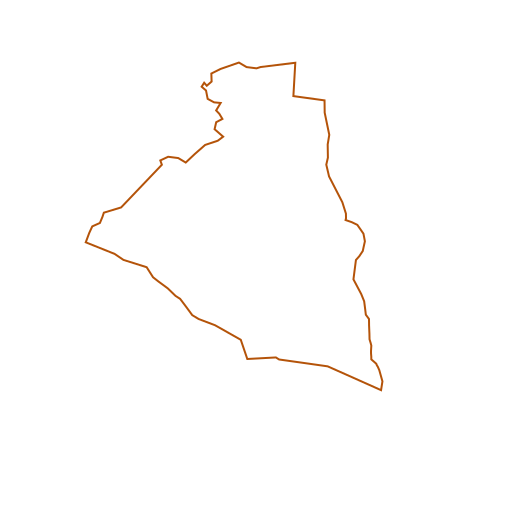 Ould Yenge, Guidimaka, Mauritania (Albers equal-area conic projection), rotated 329°
{"feature_id": "47542326B88135317282644", "entity_name": "Ould Yenge", "entity_type": "district", "adm_level": 2, "iso_a3": "MRT", "parent_name": "Mauritania", "parent_adm1": "Guidimaka", "projection": "albers", "projection_center": [-11.856, 15.622], "detail": "fine", "context": "isolated", "style": "outline", "palette": "amber", "viewbox_px": 512, "rotation_deg": 329, "n_neighbors": 0, "source": "geoboundaries", "source_scale": "gbopen_adm2", "svg_char_len": 1378}
<svg xmlns="http://www.w3.org/2000/svg" viewBox="0 0 512 512"><g transform="rotate(329 256 256)"><path d="M294.1,435.4L299.8,428.6L302.9,417.3L303.4,413.3L303.3,412.7L303.4,411.3L303.6,410.3L302.7,407.4L301.6,404.0L303.0,401.6L304.5,398.6L305.7,396.6L308.7,392.2L309.5,389.5L310.4,385.9L313.1,381.2L317.3,373.5L318.2,372.0L320.4,368.2L319.9,362.9L322.2,357.8L325.4,350.5L326.6,342.8L327.5,326.2L339.6,310.9L344.4,309.4L350.1,306.7L353.2,303.4L356.9,299.5L358.4,295.5L359.6,292.2L358.9,281.5L355.5,276.3L351.3,271.3L352.6,270.0L354.9,266.0L357.7,254.4L359.6,225.4L363.3,213.9L368.3,208.7L374.9,197.3L381.2,189.9L388.7,168.5L392.8,161.5L394.9,157.9L370.4,138.2L389.2,110.6L357.3,96.4L353.1,95.4L345.2,89.2L341.0,81.4L321.9,77.4L311.7,76.6L307.8,83.6L301.5,84.7L300.8,80.8L296.6,82.9L298.4,88.4L295.5,96.4L299.2,102.7L304.5,106.6L296.8,110.7L297.8,115.2L297.8,121.2L290.8,120.8L285.8,126.0L289.3,136.8L282.6,137.5L269.6,134.6L256.3,137.0L243.9,139.7L239.8,132.0L231.8,125.7L223.2,124.8L222.3,129.3L165.4,144.9L147.9,140.5L144.5,143.4L139.2,147.3L135.2,146.8L130.9,146.3L125.0,150.3L117.1,156.6L135.9,181.4L140.4,191.1L156.5,209.3L156.8,221.2L159.2,227.5L163.7,238.3L166.5,248.8L168.9,253.7L170.0,264.1L170.9,273.9L174.4,280.5L185.2,294.2L199.8,320.0L195.5,339.8L220.8,353.2L222.5,356.6L242.5,372.8L260.6,387.5L294.1,435.4Z" fill="none" stroke="#b45309" stroke-width="2"/></g></svg>